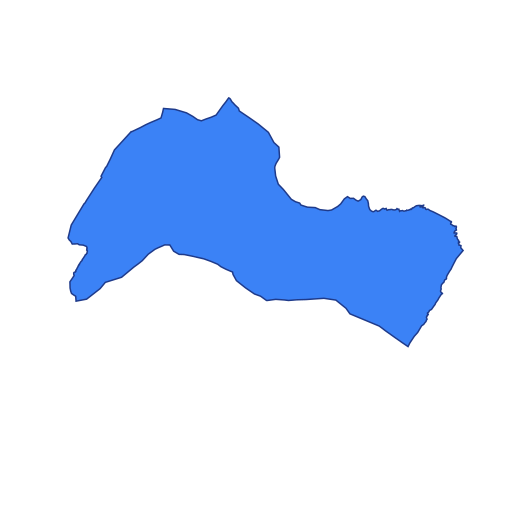 Mountain Province, Mountain Province, Philippines, rotated 35°
{"feature_id": "2640588B69436428808540", "entity_name": "Mountain Province", "entity_type": "district", "adm_level": 2, "iso_a3": "PHL", "parent_name": "Philippines", "parent_adm1": "Mountain Province", "projection": "equal_earth", "projection_center": [121.216, 17.057], "detail": "fine", "context": "isolated", "style": "filled", "palette": "blue", "viewbox_px": 512, "rotation_deg": 35, "n_neighbors": 0, "source": "geoboundaries", "source_scale": "gbopen_adm2", "svg_char_len": 5759}
<svg xmlns="http://www.w3.org/2000/svg" viewBox="0 0 512 512"><g transform="rotate(35 256 256)"><path d="M95.6,188.2L97.1,191.8L99.0,197.4L96.8,201.2L93.2,206.9L90.4,211.7L87.7,217.0L82.7,225.8L82.4,225.8L79.2,250.3L80.1,255.1L81.1,260.5L82.3,268.4L82.0,269.7L83.3,279.5L84.6,280.1L84.7,293.2L85.3,308.5L85.4,308.9L85.5,310.7L85.2,311.9L86.9,336.6L91.7,349.0L93.9,350.0L96.0,350.3L98.6,351.6L100.9,349.9L102.8,348.3L104.8,348.2L108.2,346.2L111.7,345.4L112.8,346.1L112.9,346.3L113.0,346.3L113.2,346.5L113.3,347.2L113.5,347.5L113.7,347.8L113.9,348.0L114.0,348.0L114.0,348.3L114.3,348.4L114.5,348.2L114.8,348.4L114.9,348.7L115.3,349.1L115.4,349.5L115.6,350.1L115.8,350.3L116.0,350.5L115.9,350.8L115.8,351.1L115.8,351.4L115.8,351.5L116.0,352.0L115.8,352.5L115.5,352.9L115.5,353.2L115.6,353.5L115.7,354.0L115.8,357.8L115.7,358.2L115.7,358.6L115.8,358.8L116.0,359.0L116.1,359.5L116.0,360.0L116.0,360.3L115.8,360.8L115.9,363.8L116.0,364.1L116.2,364.3L115.9,364.6L116.1,365.2L116.0,365.3L116.0,365.5L116.1,365.8L116.1,366.4L116.3,366.7L116.3,367.2L116.4,367.6L116.4,368.1L116.4,368.4L116.5,369.0L116.7,369.4L116.7,370.1L116.7,370.3L116.6,370.7L116.6,371.0L116.9,371.5L117.0,371.9L117.1,372.0L117.3,372.1L117.3,372.3L117.3,372.5L117.2,372.8L116.9,373.1L116.6,373.3L116.4,373.8L116.4,374.4L116.4,374.5L116.8,374.9L117.0,375.3L117.5,375.8L117.9,376.0L118.2,376.3L118.3,376.6L118.2,377.2L118.2,377.4L118.3,377.6L118.4,383.9L122.1,388.9L124.4,391.1L126.4,392.5L129.3,392.5L131.4,392.4L134.5,396.2L142.0,388.5L147.0,372.2L147.7,364.0L158.1,350.5L162.3,335.1L164.1,329.8L165.5,325.1L166.7,316.3L169.4,308.4L171.1,305.4L173.4,301.7L174.8,299.3L179.1,296.4L185.8,299.3L192.0,298.8L196.3,296.0L203.2,293.0L215.0,288.2L222.0,286.3L229.4,284.7L233.3,284.9L238.9,284.1L246.0,282.6L247.8,284.3L254.1,287.4L265.6,288.1L276.5,288.0L282.8,286.3L290.0,286.4L290.5,286.2L297.0,280.2L304.5,275.7L308.1,273.8L314.5,268.5L321.9,263.0L335.9,251.7L346.7,246.3L359.7,247.2L366.1,249.5L397.2,242.7L404.9,243.0L417.9,243.1L425.4,243.1L432.5,243.0L431.9,239.0L431.7,231.0L432.3,225.9L431.7,218.2L432.6,215.8L432.6,213.9L432.8,212.3L432.7,211.7L432.5,211.2L432.4,211.0L432.3,210.8L432.4,210.5L432.4,210.3L432.4,209.7L432.1,209.5L430.8,208.5L430.6,208.0L430.5,207.6L430.4,207.1L430.4,206.8L430.6,206.7L430.4,206.3L430.4,206.2L430.5,206.2L430.7,205.2L430.3,204.9L430.0,205.1L429.9,205.1L429.7,204.9L429.4,204.3L429.2,204.3L429.2,204.1L429.4,203.6L429.6,202.7L429.6,202.2L429.3,201.2L430.4,199.1L430.4,195.7L430.4,195.2L430.5,193.1L430.1,191.4L430.2,187.8L430.1,187.0L429.9,185.6L429.8,182.4L429.8,181.0L430.3,179.9L429.7,179.6L428.5,179.6L427.2,178.9L427.0,178.0L426.6,176.8L425.7,176.0L424.4,173.2L424.6,170.9L425.0,170.0L424.3,167.5L424.6,166.6L425.0,166.1L425.0,165.2L424.3,164.4L423.7,162.5L423.3,157.5L423.3,154.8L422.9,152.8L422.3,148.6L421.6,143.2L422.5,132.7L419.0,131.8L417.9,129.9L416.9,130.2L416.4,130.6L416.2,130.7L415.8,130.2L414.6,129.6L414.6,129.3L414.7,128.9L414.9,128.5L414.9,128.0L414.8,127.8L414.5,127.8L414.1,128.6L413.9,128.6L413.6,127.8L413.2,127.2L412.9,127.0L412.7,126.9L412.3,126.9L411.7,126.8L411.2,126.5L410.2,125.7L409.7,125.1L409.3,124.9L408.8,125.1L408.6,125.1L408.2,125.3L407.8,125.7L407.6,125.7L407.3,125.2L407.7,123.6L407.8,122.8L407.6,122.4L407.3,122.1L406.5,122.4L406.1,122.8L405.6,123.2L405.1,123.5L404.7,122.9L404.6,121.2L405.0,120.4L405.3,119.8L404.7,119.2L404.1,118.9L403.9,118.1L403.5,117.2L402.6,116.8L401.7,117.9L401.1,117.7L400.7,117.7L400.3,117.9L399.9,118.2L399.5,118.2L399.1,118.1L397.8,118.0L397.6,118.1L397.3,118.3L397.1,118.2L396.9,117.9L396.5,117.1L396.5,116.8L396.7,116.3L396.6,116.0L396.5,115.9L396.1,115.8L395.9,115.8L395.7,116.0L389.5,116.3L381.3,117.4L375.8,118.2L372.6,118.9L372.1,119.0L371.8,119.0L371.1,118.9L370.3,118.9L369.5,119.4L369.3,119.5L369.1,119.9L368.9,120.2L368.7,120.3L368.4,120.3L368.1,120.3L367.8,120.1L367.5,119.9L367.3,119.6L367.1,119.6L366.6,119.5L366.4,119.6L365.8,120.0L365.6,120.2L365.6,120.4L365.3,120.6L365.0,120.8L364.6,120.9L364.3,120.8L364.2,120.6L364.1,120.4L364.1,120.1L364.3,119.2L364.3,118.4L364.2,118.2L363.9,118.4L363.7,118.8L363.8,119.4L363.8,119.6L363.7,119.7L363.5,119.8L362.8,119.8L362.5,119.9L362.5,120.1L362.5,120.4L362.7,120.6L362.8,121.2L362.7,121.4L362.6,121.6L362.3,121.7L362.1,121.6L361.8,120.6L361.7,120.4L361.4,120.4L360.1,121.4L358.6,122.8L358.3,123.4L357.8,124.6L357.6,125.3L357.3,126.2L356.8,126.5L356.7,127.1L356.4,127.5L356.6,128.2L356.4,128.8L355.8,128.8L355.5,129.9L355.1,130.0L354.5,131.2L354.0,131.6L353.5,131.9L353.2,131.9L353.2,132.6L352.5,133.2L352.1,133.8L351.4,134.4L351.0,134.6L350.0,134.7L349.3,135.4L348.5,136.2L348.0,136.3L347.9,137.0L346.1,135.7L345.5,136.3L344.3,136.3L344.3,137.2L343.8,138.1L343.0,138.9L341.5,139.7L340.8,139.8L339.8,140.4L339.2,141.2L338.2,141.8L337.2,143.3L336.7,143.3L336.1,142.8L335.3,142.4L334.5,143.7L333.1,143.9L332.5,144.4L331.9,145.9L331.3,148.1L330.0,149.7L328.6,149.6L328.0,149.7L327.0,152.1L326.4,152.6L324.8,153.0L322.5,152.7L319.6,150.6L318.0,148.6L315.8,146.6L313.4,145.9L311.1,144.9L309.6,145.4L309.1,146.7L309.5,149.7L308.2,152.5L305.8,152.9L302.8,152.8L300.1,154.8L296.9,154.9L295.6,158.5L295.5,164.8L294.5,168.6L291.5,175.0L291.3,175.2L288.9,177.5L281.7,181.4L276.7,182.4L270.1,186.5L263.6,188.5L261.4,187.6L257.2,188.9L252.4,189.3L240.2,185.8L233.1,184.4L226.2,179.2L220.8,173.1L220.1,171.8L219.8,170.6L219.4,169.0L219.3,168.2L219.0,163.4L218.7,161.6L213.5,155.2L212.3,153.7L205.6,152.8L195.2,147.6L182.1,146.6L171.1,146.6L159.2,146.8L156.8,145.0L151.9,144.3L149.8,143.8L147.9,143.5L146.5,142.9L145.1,142.2L144.0,142.0L143.0,142.1L142.9,143.3L142.9,146.8L142.6,151.9L142.5,163.4L139.7,168.0L136.5,172.4L133.7,176.6L129.9,177.9L124.2,177.9L117.0,178.6L105.7,182.3L95.6,188.2Z" fill="#3b82f6" stroke="#1e3a8a" stroke-width="1.5"/></g></svg>